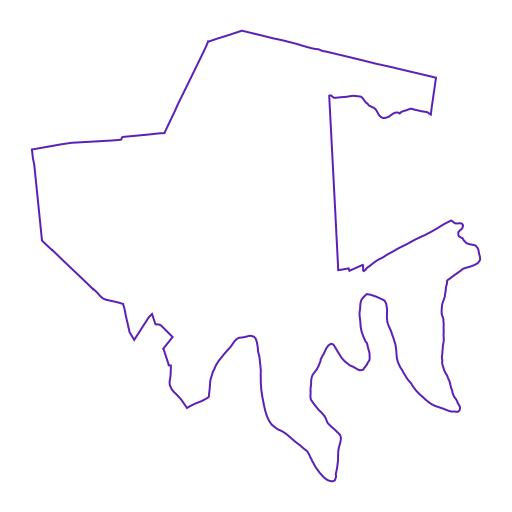 Bujoreni, Teleorman, Romania
{"feature_id": "2599482B13275813753420", "entity_name": "Bujoreni", "entity_type": "district", "adm_level": 2, "iso_a3": "ROU", "parent_name": "Romania", "parent_adm1": "Teleorman", "projection": "orthographic", "projection_center": [25.677, 44.129], "detail": "fine", "context": "isolated", "style": "outline", "palette": "violet", "viewbox_px": 512, "rotation_deg": 0, "n_neighbors": 0, "source": "geoboundaries", "source_scale": "gbopen_adm2", "svg_char_len": 6073}
<svg xmlns="http://www.w3.org/2000/svg" viewBox="0 0 512 512"><path d="M42.0,240.6L51.7,249.8L51.9,250.0L52.1,249.8L63.6,261.0L84.8,281.1L93.0,289.1L93.2,288.9L97.0,292.4L100.7,296.6L102.7,298.3L104.1,299.0L106.0,299.7L118.0,302.4L123.1,304.0L124.5,308.8L125.7,315.2L129.6,332.2L134.2,339.9L148.9,317.1L152.0,314.0L155.5,324.3L159.0,324.5L161.0,325.4L172.6,337.0L163.3,348.7L163.5,348.8L168.7,364.7L168.7,365.3L170.9,365.5L170.7,373.4L170.5,375.9L169.6,381.8L169.6,382.9L169.9,385.3L171.5,388.9L172.4,390.2L174.3,392.4L175.8,393.7L181.1,399.4L187.0,408.0L189.9,406.2L195.2,403.6L202.1,400.9L207.4,398.0L208.7,396.9L209.0,396.1L209.1,393.5L209.6,389.7L210.3,380.7L211.0,377.8L212.1,374.6L212.6,372.5L214.2,369.4L215.8,365.5L218.5,361.1L225.1,352.9L230.8,346.6L234.8,340.8L236.9,338.9L238.6,338.0L239.8,337.7L242.7,337.4L247.1,336.5L248.9,335.9L249.9,335.8L252.1,336.1L254.0,336.8L255.3,338.1L255.8,339.0L256.2,340.0L256.9,342.3L257.8,347.6L258.0,351.0L258.5,353.2L259.1,355.4L259.4,357.0L259.8,360.1L260.0,363.0L260.3,364.7L260.8,370.5L260.7,375.7L260.8,380.4L260.8,383.1L261.3,389.8L262.4,397.3L263.0,400.0L263.9,405.0L265.2,410.6L266.9,416.1L267.8,418.2L268.9,420.4L271.0,423.7L272.3,425.2L277.0,428.8L278.4,429.6L279.9,430.2L282.9,431.7L286.8,434.4L295.4,441.8L300.0,445.3L303.9,448.7L306.7,450.8L307.4,451.6L308.1,452.6L309.5,455.3L310.6,457.8L311.5,459.3L312.0,460.6L315.0,466.1L316.2,468.0L319.8,472.9L323.3,476.8L326.0,479.1L328.2,480.4L330.3,481.0L332.0,481.3L333.2,481.2L334.4,480.6L334.8,480.3L335.2,479.4L336.0,476.9L336.1,476.0L335.8,474.8L335.8,474.0L336.9,469.0L337.5,464.9L338.1,459.4L338.0,456.9L338.3,450.7L338.8,447.9L340.6,441.2L340.9,438.6L340.8,437.3L340.5,436.1L340.1,435.2L339.3,434.1L334.1,429.0L331.2,426.6L327.8,423.2L327.0,421.6L325.9,418.6L324.6,416.2L320.9,411.9L319.0,410.3L313.7,403.7L311.0,399.8L310.7,398.7L310.4,396.2L310.6,393.2L310.5,388.9L311.1,384.3L311.1,381.5L311.3,379.4L311.8,377.0L312.6,375.0L313.3,373.9L316.6,369.6L318.2,366.8L320.5,361.1L320.7,359.1L321.3,358.3L322.3,356.1L323.7,353.9L325.8,349.4L326.7,347.7L328.3,345.6L329.6,344.6L331.0,343.8L332.7,344.2L333.9,345.2L337.5,351.3L338.2,352.3L340.6,356.3L341.5,357.7L343.5,360.0L345.3,361.8L347.2,363.2L349.7,365.3L353.2,366.8L358.4,369.8L359.6,370.2L361.9,370.1L362.9,369.8L363.4,369.4L364.1,368.1L365.1,367.1L366.1,365.4L366.8,364.8L367.8,362.6L369.2,360.6L369.7,358.6L369.5,353.8L369.4,352.7L368.7,350.0L368.4,349.3L367.1,343.6L366.8,342.9L365.9,342.0L365.0,340.3L363.3,336.4L361.6,331.5L360.7,327.2L360.2,320.4L359.6,315.9L359.5,313.7L359.6,312.6L359.6,312.3L359.9,309.8L360.1,309.2L360.2,306.2L360.4,304.0L360.6,302.8L361.3,300.2L362.0,298.9L364.1,296.5L366.8,294.1L370.3,294.7L374.7,296.1L376.4,296.7L383.1,299.8L384.1,300.4L384.8,301.0L386.0,303.3L386.3,304.2L387.1,309.4L386.9,317.8L387.3,321.3L387.6,322.9L388.5,325.5L391.2,331.5L392.0,334.2L393.5,338.2L395.2,343.9L395.7,346.1L396.2,350.0L396.4,353.4L396.8,356.9L396.7,357.1L396.9,358.1L397.6,361.2L397.8,361.6L398.0,362.4L398.8,364.2L400.5,367.7L402.2,370.1L403.4,372.5L406.6,377.8L408.0,379.8L411.3,383.6L412.7,386.1L416.0,390.5L417.9,392.5L420.2,394.8L422.6,396.8L425.5,399.6L428.4,401.9L431.7,404.3L436.3,406.4L438.5,407.0L440.2,407.7L441.7,408.1L449.7,411.2L452.1,411.6L454.9,411.5L457.0,411.9L457.6,411.8L458.9,411.1L459.4,410.4L459.9,409.2L460.0,407.5L459.9,406.8L459.0,405.0L457.9,403.3L456.8,400.6L455.9,399.1L454.2,396.8L452.8,393.6L452.5,392.6L452.1,390.5L450.9,387.2L449.9,382.5L449.3,380.9L448.2,378.5L447.1,375.5L445.6,373.2L443.9,369.6L443.5,367.9L442.5,364.9L442.2,363.2L442.1,362.4L442.3,360.8L441.9,357.2L442.0,355.5L442.3,354.1L442.4,351.5L442.9,347.0L442.8,346.1L443.6,341.9L443.8,340.0L443.7,336.6L443.5,334.6L443.7,332.6L443.6,327.5L443.7,323.9L443.5,322.5L443.4,319.4L443.0,317.7L442.2,315.7L441.8,314.4L441.6,311.8L441.7,309.1L441.8,308.3L442.0,305.6L442.3,303.9L442.8,302.1L443.5,300.5L444.7,297.1L445.2,293.3L445.5,292.1L445.8,288.7L446.2,286.2L446.6,284.6L446.8,284.3L447.1,282.8L446.9,281.2L447.4,280.4L448.0,279.8L449.6,278.8L452.5,276.5L461.1,270.4L462.2,269.3L463.3,268.7L465.5,267.9L469.0,267.0L473.8,265.3L477.5,263.3L478.8,261.9L479.9,260.2L480.1,259.3L480.1,258.6L479.9,256.5L479.1,253.8L478.5,250.3L478.1,248.9L477.0,247.2L475.7,245.7L474.6,245.2L471.2,244.5L470.7,244.5L467.0,243.4L466.0,242.7L463.4,239.9L462.6,238.3L461.1,237.6L459.2,236.4L458.7,236.0L458.5,235.4L458.3,234.3L458.3,232.8L458.4,232.1L460.0,230.3L461.4,229.2L462.2,228.3L462.6,227.4L463.0,225.7L463.0,225.2L462.6,224.5L462.0,223.8L461.3,223.5L460.1,223.2L456.8,223.5L455.4,223.4L454.0,222.6L452.1,221.1L451.1,220.5L443.3,224.5L437.1,228.4L431.5,231.6L424.3,235.4L422.9,235.9L415.1,239.6L406.0,244.6L398.4,248.3L393.3,251.3L386.7,254.9L383.3,257.2L379.6,259.0L377.1,260.4L373.4,263.0L369.3,266.3L367.7,267.3L366.8,268.1L365.4,269.9L363.7,271.1L363.4,270.9L363.2,270.3L363.0,265.5L362.8,264.9L362.7,264.9L349.4,270.8L348.7,268.4L339.1,270.1L338.2,270.1L338.2,269.3L335.3,212.4L329.2,95.8L329.3,95.6L329.9,95.4L331.1,95.5L333.2,97.3L334.7,97.9L341.0,97.2L346.7,96.8L350.4,96.1L353.7,95.8L360.0,96.5L361.2,96.8L362.4,97.9L363.4,99.1L364.6,101.0L365.4,101.7L365.8,102.5L366.3,102.9L367.0,103.2L367.4,103.6L368.8,105.4L373.2,107.6L374.5,108.3L375.6,109.4L376.6,110.8L378.9,115.0L380.6,116.8L382.2,117.7L383.5,118.1L386.1,117.7L388.9,116.7L392.2,114.2L394.6,112.8L396.7,112.5L397.6,112.5L398.3,112.6L399.7,113.5L400.9,112.3L401.5,111.9L403.8,110.9L405.3,110.6L410.5,108.7L412.3,108.9L414.8,109.8L416.7,110.1L421.1,111.2L427.1,112.1L430.8,114.6L431.8,106.7L436.0,77.7L403.4,70.0L391.0,67.0L375.9,63.7L364.5,60.8L326.2,51.6L323.2,51.1L321.5,50.6L318.6,49.3L315.5,49.0L312.2,48.4L303.0,45.9L300.0,44.9L295.5,43.6L281.7,40.1L273.4,38.4L262.3,35.6L241.8,30.7L227.4,35.5L217.3,38.6L208.3,41.7L208.1,41.5L206.4,45.7L203.0,52.9L190.5,78.6L177.7,104.6L174.9,111.0L165.6,130.5L164.5,133.1L162.0,133.2L158.9,133.4L145.8,134.8L124.3,136.8L122.8,137.0L122.2,137.3L122.0,137.5L121.2,139.6L120.3,139.8L112.0,140.5L71.4,142.8L60.8,144.4L31.9,149.5L33.0,158.7L34.2,164.3L42.0,240.6Z" fill="none" stroke="#5b21b6" stroke-width="2"/></svg>